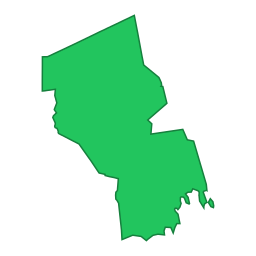 Bristol, Massachusetts, United States of America
{"feature_id": "52423323B2218191316201", "entity_name": "Bristol", "entity_type": "district", "adm_level": 2, "iso_a3": "USA", "parent_name": "United States of America", "parent_adm1": "Massachusetts", "projection": "robinson", "projection_center": [-71.113, 41.795], "detail": "fine", "context": "isolated", "style": "filled", "palette": "green", "viewbox_px": 256, "rotation_deg": 0, "n_neighbors": 0, "source": "geoboundaries", "source_scale": "gbopen_adm2", "svg_char_len": 2062}
<svg xmlns="http://www.w3.org/2000/svg" viewBox="0 0 256 256"><path d="M90.2,159.7L97.4,170.5L99.1,173.0L99.5,173.1L100.4,173.3L103.5,174.0L105.1,174.4L105.1,175.5L109.3,176.6L111.8,177.1L114.3,177.6L117.6,178.5L118.3,178.6L118.3,179.1L117.8,185.7L117.7,186.6L117.4,190.5L115.9,192.2L115.6,195.1L115.8,198.4L115.9,199.2L116.9,200.2L118.7,203.4L118.7,204.0L121.5,230.3L122.0,239.6L132.7,235.2L141.1,236.4L146.4,240.6L148.1,239.0L151.7,236.3L153.0,235.3L157.9,234.2L164.5,234.9L164.0,230.9L165.3,227.2L170.8,227.5L173.2,233.0L174.9,227.5L176.8,223.6L179.9,223.6L178.0,214.2L175.1,211.0L174.6,209.0L175.2,208.2L176.8,208.3L177.9,209.6L179.9,207.1L181.1,203.4L180.3,201.0L180.4,197.9L180.4,197.6L181.2,196.9L183.4,197.1L184.5,198.3L186.2,202.8L189.1,204.0L189.5,203.6L188.1,197.3L185.5,193.9L187.8,192.3L188.0,192.2L191.2,192.1L192.8,188.8L197.9,190.7L198.8,191.5L199.2,192.7L199.0,195.6L199.1,195.8L199.6,201.0L202.1,205.1L203.8,207.8L203.9,205.9L204.8,203.6L206.9,202.4L203.2,192.1L204.0,191.1L206.6,190.3L206.9,190.5L206.3,184.4L202.3,170.7L200.2,163.6L193.6,141.1L187.3,139.8L182.8,129.4L150.9,134.1L151.8,123.8L147.7,120.0L166.9,103.3L162.8,86.5L161.0,86.3L161.3,85.9L161.6,85.2L161.6,84.9L161.3,82.8L160.0,79.8L158.9,77.5L143.7,65.0L142.3,57.7L142.1,56.8L137.6,32.5L137.1,30.0L134.3,15.4L124.4,20.1L116.5,23.9L107.4,28.2L104.4,29.7L100.0,31.7L94.3,34.5L70.8,45.8L47.6,56.7L42.4,56.8L42.4,63.7L42.4,64.4L42.3,80.1L42.3,83.1L42.3,91.0L43.8,90.9L44.7,90.8L45.5,90.7L47.2,90.4L47.5,90.4L48.1,90.3L50.5,90.0L51.1,89.9L55.1,89.3L55.4,89.3L55.2,91.1L54.8,95.6L55.7,98.7L55.8,99.2L56.8,102.8L56.7,103.2L54.3,109.4L54.4,109.8L56.5,112.9L55.7,113.5L55.1,114.2L53.5,115.7L52.8,117.5L55.2,122.8L55.3,123.1L55.2,123.7L55.2,124.5L54.9,125.4L54.7,126.1L54.8,126.8L55.2,127.6L56.3,128.1L56.8,128.2L57.4,129.1L58.2,131.1L58.2,132.7L58.7,133.5L61.7,135.1L62.2,135.3L72.0,140.4L79.0,144.0L89.7,159.1L89.9,159.3L90.2,159.7ZM210.3,198.7L208.4,202.5L210.9,206.6L213.4,207.6L213.5,207.2L213.7,205.8L212.9,201.7L210.3,198.7Z" fill="#22c55e" stroke="#15803d" stroke-width="1.5"/></svg>